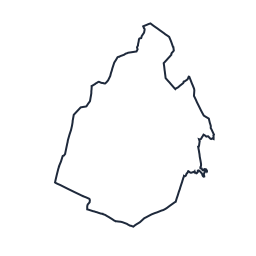 outline of Silajāņu pag., Riebinu, Latvia, rotated 258°
{"feature_id": "27541924B19288129652023", "entity_name": "Silajāņu pag.", "entity_type": "district", "adm_level": 2, "iso_a3": "LVA", "parent_name": "Latvia", "parent_adm1": "Riebinu", "projection": "natural_earth1", "projection_center": [26.904, 56.358], "detail": "fine", "context": "isolated", "style": "outline", "palette": "slate", "viewbox_px": 256, "rotation_deg": 258, "n_neighbors": 0, "source": "geoboundaries", "source_scale": "gbopen_adm2", "svg_char_len": 5356}
<svg xmlns="http://www.w3.org/2000/svg" viewBox="0 0 256 256"><g transform="rotate(258 128 128)"><path d="M105.0,52.6L104.9,52.7L102.7,51.4L97.0,48.6L95.3,47.8L93.2,46.8L91.9,46.2L89.9,45.3L89.2,46.0L88.0,47.5L86.3,49.9L81.0,56.5L77.8,60.6L76.7,62.0L72.7,67.2L70.7,69.7L70.8,69.8L69.8,71.1L69.2,72.1L68.2,73.5L66.8,75.4L66.7,75.5L65.4,75.7L63.3,75.0L62.3,73.7L61.6,72.7L60.3,72.0L59.7,71.8L58.9,71.6L56.9,71.2L56.8,71.4L56.4,72.2L54.2,76.0L53.9,76.5L53.4,77.7L52.7,78.8L52.0,80.2L51.3,81.3L49.9,83.7L49.4,85.3L49.1,85.3L47.8,87.5L47.3,88.1L46.6,88.7L46.3,89.1L45.5,90.0L44.9,90.7L44.2,91.4L42.3,93.4L42.2,93.5L40.2,95.4L39.7,96.2L39.3,96.5L39.2,97.2L38.4,99.5L37.8,101.4L36.9,103.2L36.5,103.8L34.4,107.1L33.8,107.6L33.5,108.0L33.4,108.1L32.1,109.6L31.9,109.9L31.9,110.4L30.4,112.7L31.5,114.8L32.4,117.2L32.7,118.2L33.4,120.1L34.2,121.5L35.4,123.5L36.4,125.2L36.9,127.2L37.0,127.5L38.6,133.1L39.2,136.6L39.4,138.7L40.3,143.7L40.4,145.4L41.2,148.2L41.3,148.3L41.9,149.9L42.3,150.7L42.4,150.9L43.4,153.1L45.3,157.5L45.7,158.4L45.9,159.3L48.3,160.6L49.2,161.1L51.5,162.5L53.1,163.4L55.1,164.5L55.9,165.0L57.3,165.9L59.2,166.9L61.6,168.3L62.3,168.7L64.5,170.0L65.2,170.3L65.8,170.7L67.8,171.8L68.2,172.1L68.8,172.5L69.5,172.8L69.3,173.0L69.1,173.3L69.0,173.6L69.2,174.2L69.3,174.5L69.7,174.8L70.1,175.2L70.7,175.5L71.1,175.7L71.2,175.8L71.5,176.1L71.6,176.6L72.1,177.1L72.6,177.4L73.3,177.9L73.3,178.0L71.5,179.6L71.2,180.0L71.1,180.5L71.2,181.5L71.5,183.5L71.5,183.8L71.5,184.0L71.4,184.0L71.5,184.1L71.3,184.1L71.2,184.2L71.0,184.3L70.6,184.6L70.3,184.8L69.8,185.1L69.7,185.2L69.5,185.3L69.4,185.5L69.5,185.9L70.0,186.3L70.1,186.5L70.2,186.8L70.4,187.1L70.6,187.2L70.9,187.2L71.3,187.4L71.5,187.5L71.8,187.5L71.9,187.8L71.9,188.0L71.8,188.3L71.6,188.5L71.2,188.9L70.8,189.2L69.8,189.9L69.3,190.1L69.0,190.3L68.6,190.6L68.2,190.8L67.8,190.9L67.3,191.0L66.9,191.0L66.5,191.0L65.9,191.2L65.6,191.2L65.4,191.3L65.1,191.5L64.9,191.6L64.7,191.8L64.6,192.0L64.7,192.5L64.9,192.5L65.4,192.6L65.8,192.5L66.2,192.5L66.7,192.5L67.0,192.6L67.6,192.9L68.0,193.1L68.4,193.5L68.7,193.8L69.1,194.2L69.5,194.6L69.7,194.9L69.7,195.0L69.9,195.3L69.9,195.6L69.6,195.8L69.3,195.9L69.2,196.0L68.9,196.1L69.0,196.2L69.8,196.3L70.1,196.3L70.7,195.9L71.4,195.7L71.5,195.5L71.7,194.9L71.9,194.5L71.9,194.1L71.8,193.9L71.6,193.9L71.2,193.7L70.9,193.4L70.8,192.9L70.9,192.6L71.1,192.3L71.4,192.1L71.9,191.9L72.6,191.7L73.1,191.6L73.2,191.3L73.2,191.0L73.4,190.7L73.5,190.5L73.8,190.5L74.1,190.5L74.5,190.7L74.7,190.8L75.0,190.9L75.1,191.1L75.4,191.3L75.7,191.5L75.9,191.6L76.1,191.6L76.4,191.7L76.7,191.7L77.1,191.9L78.1,192.0L80.4,192.1L85.0,192.2L86.8,192.4L88.2,192.5L89.3,192.5L89.8,192.6L94.2,192.7L94.1,192.8L96.2,193.9L99.8,195.2L99.9,195.3L102.2,195.1L102.0,195.4L101.9,196.6L102.2,197.2L103.8,198.6L104.5,199.4L105.8,200.5L105.2,201.2L104.3,202.1L103.3,202.8L103.3,204.5L103.2,204.7L100.8,206.1L100.2,206.6L99.9,207.1L100.4,208.6L99.6,209.1L99.4,209.4L100.2,209.6L101.8,209.9L102.5,210.0L102.8,210.0L103.0,210.0L103.3,210.3L103.4,210.5L103.6,210.7L109.2,209.4L109.8,209.2L110.8,208.9L112.7,209.4L114.3,209.3L116.0,209.1L120.4,209.0L122.6,206.6L124.4,204.7L126.4,204.1L127.0,203.9L129.8,203.1L132.6,202.4L139.2,200.7L141.3,200.3L145.7,199.2L151.0,200.7L152.6,200.8L156.7,200.1L158.0,199.8L162.4,199.1L165.8,198.5L166.2,198.6L165.4,197.9L164.2,197.1L163.4,196.5L163.2,196.2L163.0,195.9L162.7,195.2L161.9,193.2L161.8,192.9L161.9,192.3L161.8,192.1L161.7,192.0L161.4,191.9L160.9,191.7L160.6,191.5L160.4,191.3L158.8,188.0L158.4,187.2L158.0,186.6L157.4,185.5L157.1,184.6L156.8,183.5L156.8,183.2L156.6,182.9L156.2,182.4L157.3,181.7L162.7,178.7L163.7,178.2L165.7,177.0L168.9,175.2L169.4,175.2L171.4,175.4L174.0,175.6L176.2,175.8L176.6,175.8L180.8,176.2L184.0,176.4L185.4,178.4L186.6,180.1L187.8,181.7L189.2,183.7L190.4,185.3L190.6,185.6L191.7,185.9L192.5,186.6L192.6,186.9L193.6,188.2L194.2,188.9L197.7,189.2L197.9,188.9L198.5,188.8L202.5,188.3L204.5,188.0L208.6,187.2L210.1,185.8L212.2,183.7L212.7,183.4L214.0,182.2L216.3,180.1L216.7,179.7L219.2,177.5L221.3,175.5L222.7,174.2L225.6,171.7L225.4,169.7L225.0,167.8L224.4,164.4L224.3,164.0L223.0,164.3L222.4,164.3L222.1,164.6L221.8,164.7L221.2,164.8L220.8,164.7L220.2,164.5L218.1,163.6L217.6,163.2L215.9,161.4L215.0,160.5L213.5,159.8L213.2,159.6L213.2,158.6L213.2,157.9L212.6,157.2L210.4,156.4L208.0,155.3L206.6,154.9L206.3,154.6L205.1,153.6L204.3,153.6L203.4,153.7L203.0,153.7L202.9,153.7L202.3,153.2L201.1,152.2L201.3,148.6L201.4,146.8L201.6,143.7L201.4,143.1L201.3,142.3L201.2,141.1L200.5,139.5L200.1,136.9L200.1,136.6L199.9,135.5L199.7,134.7L199.5,134.4L199.6,134.0L199.6,133.4L199.4,132.5L197.0,130.3L194.9,128.2L189.6,125.1L187.4,124.0L185.9,123.1L185.4,122.8L182.5,121.4L178.7,118.4L177.1,116.3L176.3,114.8L176.4,114.4L176.6,113.8L177.0,113.3L177.7,111.3L179.1,109.4L179.3,108.7L178.5,106.5L178.4,106.1L178.2,105.4L177.9,105.1L177.6,104.2L176.8,101.9L176.6,101.1L175.8,101.0L175.6,101.0L175.0,100.8L173.1,100.3L172.0,99.9L171.3,99.7L171.1,99.7L169.9,99.4L169.5,99.3L167.4,98.5L162.2,96.4L161.5,95.7L160.0,94.0L158.8,92.8L157.9,91.9L157.8,91.7L157.8,91.0L157.8,90.2L157.9,89.3L158.0,86.0L152.2,77.7L146.1,75.2L145.7,75.2L142.6,74.0L141.2,73.4L137.8,71.8L133.7,69.4L128.6,66.7L126.3,65.8L126.0,65.6L120.8,63.3L115.8,61.1L115.7,61.1L114.4,59.6L114.2,58.3L109.2,55.5L105.0,52.6Z" fill="none" stroke="#1e293b" stroke-width="2"/></g></svg>